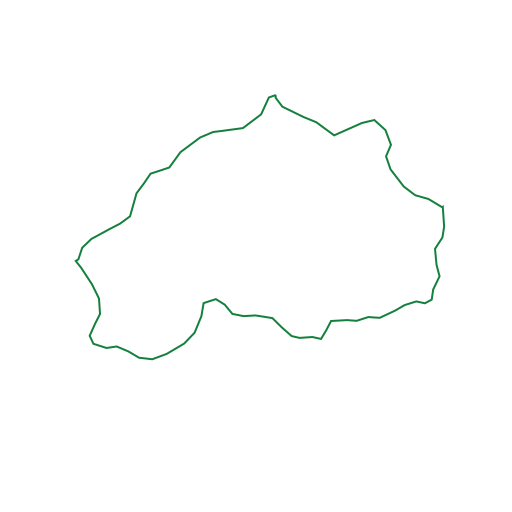 the district of Heby, Västmanland, Sweden, rotated 58°
{"feature_id": "70781695B62242352773373", "entity_name": "Heby", "entity_type": "district", "adm_level": 2, "iso_a3": "SWE", "parent_name": "Sweden", "parent_adm1": "Västmanland", "projection": "orthographic", "projection_center": [17.041, 60.088], "detail": "fine", "context": "isolated", "style": "outline", "palette": "green", "viewbox_px": 512, "rotation_deg": 58, "n_neighbors": 0, "source": "geoboundaries", "source_scale": "gbopen_adm2", "svg_char_len": 1206}
<svg xmlns="http://www.w3.org/2000/svg" viewBox="0 0 512 512"><g transform="rotate(58 256 256)"><path d="M201.3,89.8L199.3,95.9L195.1,125.8L174.5,134.0L163.1,142.2L143.4,154.5L132.1,155.5L130.9,154.5L129.8,154.7L128.4,161.1L138.6,176.6L140.6,199.3L132.2,217.9L128.1,226.7L125.9,240.6L127.9,265.0L135.0,282.6L132.9,291.4L130.3,301.8L134.9,312.2L139.5,324.1L145.7,330.9L155.6,341.8L156.5,354.3L155.5,366.8L154.3,386.5L156.9,399.0L164.7,408.4L164.7,411.5L173.5,410.5L193.3,410.1L208.9,411.7L222.5,419.0L228.2,428.4L235.5,439.3L244.3,440.4L254.8,431.5L258.9,422.1L269.3,414.8L280.3,409.1L282.1,406.8L288.6,398.7L291.7,383.6L292.2,363.3L288.5,348.7L278.1,334.2L268.2,325.4L271.3,312.9L280.7,308.3L292.6,306.7L300.4,298.4L306.1,288.0L312.8,280.2L317.4,275.0L330.4,271.9L342.8,268.2L348.5,262.5L354.6,251.1L360.8,244.8L356.1,235.6L350.9,226.8L358.6,212.8L364.3,205.0L367.3,193.1L372.1,186.5L374.0,183.8L376.0,167.3L376.4,155.9L379.5,144.1L385.6,137.8L386.1,130.1L378.3,123.5L370.5,111.1L359.2,107.6L344.8,100.4L339.1,88.1L330.8,80.9L313.4,71.6L313.5,72.2L299.1,79.5L288.8,88.8L275.4,93.9L253.8,96.0L240.4,92.9L233.2,82.6L217.8,79.5L203.4,83.6L201.3,89.8Z" fill="none" stroke="#15803d" stroke-width="2"/></g></svg>